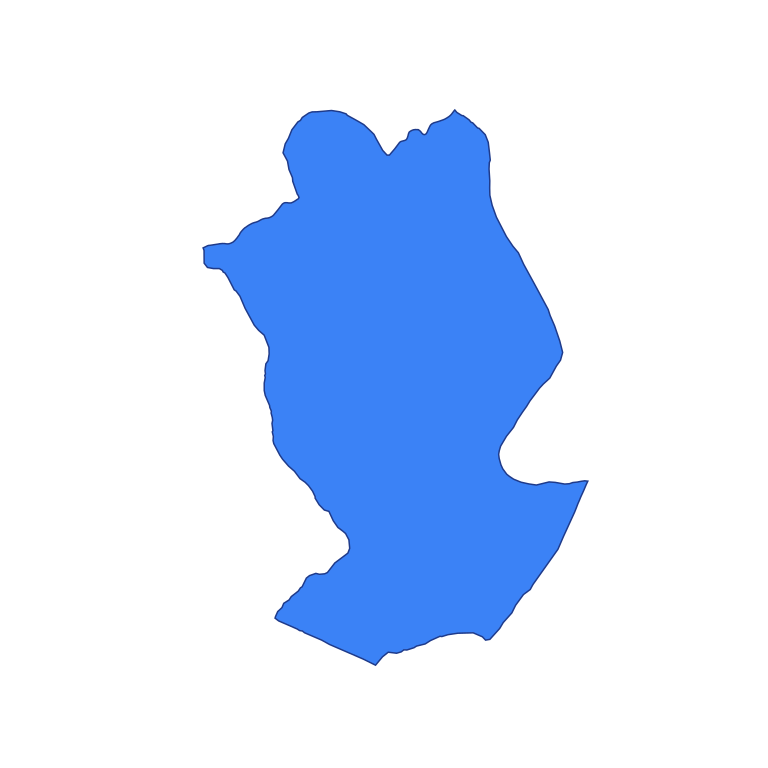 outline of San Agustín Acasaguastlán, El Progreso, Guatemala, rotated 153°
{"feature_id": "79465075B82802507944465", "entity_name": "San Agustín Acasaguastlán", "entity_type": "district", "adm_level": 2, "iso_a3": "GTM", "parent_name": "Guatemala", "parent_adm1": "El Progreso", "projection": "robinson", "projection_center": [-89.983, 15.017], "detail": "fine", "context": "isolated", "style": "filled", "palette": "blue", "viewbox_px": 768, "rotation_deg": 153, "n_neighbors": 0, "source": "geoboundaries", "source_scale": "gbopen_adm2", "svg_char_len": 4035}
<svg xmlns="http://www.w3.org/2000/svg" viewBox="0 0 768 768"><g transform="rotate(153 384 384)"><path d="M483.4,587.4L483.7,584.7L485.6,580.9L489.4,573.3L488.4,568.0L483.6,564.3L478.3,561.6L476.4,558.5L476.5,556.9L475.3,555.1L474.7,549.6L474.7,535.9L473.6,534.0L472.5,527.6L473.4,514.5L472.9,495.3L471.3,488.6L468.6,481.9L469.9,468.9L472.7,462.9L476.7,457.4L480.1,455.6L483.9,450.0L485.1,446.7L486.4,445.8L486.8,443.8L490.3,439.2L493.7,432.5L495.0,427.7L495.7,416.9L496.4,414.9L496.7,411.0L497.8,409.3L498.7,405.0L499.7,402.2L501.7,399.7L504.2,392.8L505.3,392.1L506.4,387.5L508.5,384.0L509.3,380.9L509.1,367.8L508.5,362.9L506.3,354.1L503.4,346.9L501.8,337.8L498.9,332.3L497.4,327.7L496.3,320.9L496.5,314.8L497.2,313.6L496.6,305.9L494.4,298.8L490.9,295.5L491.3,285.2L490.2,277.1L487.5,271.6L486.1,268.2L486.0,261.1L489.2,253.1L493.0,249.7L509.0,246.9L520.0,241.7L523.0,241.8L528.0,243.8L530.7,246.2L537.4,247.1L541.3,246.3L549.0,240.5L551.0,240.3L554.4,238.4L563.1,236.7L566.6,234.7L572.9,234.1L576.4,231.1L582.0,229.5L586.3,226.0L587.4,224.8L585.4,220.7L572.5,205.0L571.2,202.7L568.8,200.9L567.8,198.5L555.8,184.1L550.9,176.8L527.7,148.7L519.2,137.3L509.2,141.6L502.0,143.1L495.0,138.4L490.2,137.5L487.1,138.1L484.3,136.6L477.0,135.4L474.0,135.7L465.3,133.7L459.0,134.3L448.7,133.8L447.1,132.7L440.8,131.6L431.3,128.4L417.5,121.8L411.1,114.1L409.8,109.7L405.6,108.4L397.5,111.5L392.0,113.6L386.1,117.3L374.0,122.0L367.2,127.1L355.3,133.1L347.0,134.5L342.8,137.4L341.6,138.1L304.0,157.8L293.4,166.6L289.1,170.0L272.2,183.4L269.0,186.2L265.6,189.3L263.0,191.4L260.0,194.0L254.7,198.2L249.2,202.8L246.5,204.9L249.1,206.6L252.5,207.8L256.4,208.9L260.5,210.5L264.1,211.0L268.4,212.8L276.1,218.6L281.4,221.8L294.1,224.8L300.3,229.2L306.5,234.3L311.7,240.3L314.1,244.6L315.6,247.8L316.7,254.5L316.5,258.9L315.2,265.3L314.1,268.4L313.7,269.4L311.5,272.3L308.3,275.7L303.4,278.8L298.5,281.9L288.4,286.5L281.5,291.5L273.3,296.1L267.3,299.2L261.6,302.7L254.0,306.4L247.3,309.7L242.2,311.6L233.6,314.0L222.3,321.7L215.9,325.1L210.5,331.0L207.9,342.4L205.6,358.4L204.9,369.6L203.9,375.8L204.5,402.9L205.2,427.3L204.7,439.9L206.6,448.3L208.0,459.7L208.1,481.6L206.5,494.1L204.0,504.1L200.9,510.6L197.5,517.0L192.8,527.9L189.7,533.4L187.7,535.2L184.9,542.5L181.4,552.0L180.6,560.2L183.2,568.6L184.4,569.7L186.4,576.4L187.6,577.7L188.3,580.8L191.6,587.1L192.7,587.8L195.8,592.9L196.5,596.0L197.4,595.7L199.8,594.5L201.7,593.6L203.0,593.2L204.6,592.8L207.5,592.5L209.9,592.4L211.9,592.6L214.1,592.9L215.8,593.1L219.5,593.8L220.8,594.1L221.9,594.1L223.1,594.1L224.7,593.7L225.6,593.2L226.7,592.4L228.8,590.8L231.2,588.8L232.8,587.8L234.3,587.7L235.1,588.0L235.9,589.0L236.4,590.3L236.8,592.6L237.9,595.0L240.6,596.5L242.3,597.1L243.7,597.3L245.6,597.3L247.2,597.0L248.3,596.1L249.0,595.4L249.8,594.4L251.7,592.5L253.0,591.7L254.2,591.5L256.0,591.8L257.8,592.2L259.1,592.4L260.4,592.2L267.8,588.6L275.3,585.5L277.4,586.6L279.1,592.7L279.6,605.6L279.6,611.0L280.7,614.3L284.2,624.2L287.8,629.8L290.2,633.4L294.7,640.0L295.1,641.9L299.8,646.6L306.6,651.5L320.2,657.0L324.6,659.1L328.0,659.6L335.8,658.6L338.8,656.8L341.8,656.6L350.7,652.3L357.6,646.3L363.0,642.8L369.0,635.8L368.8,626.4L371.3,618.2L371.9,609.4L373.3,606.0L375.1,592.5L374.9,591.5L374.9,590.1L375.1,588.7L376.4,587.9L378.0,587.8L379.2,587.6L380.3,587.5L381.4,587.4L382.9,587.4L384.5,587.5L385.8,588.1L386.6,588.5L388.1,589.6L389.9,590.5L391.1,590.7L392.8,590.5L394.3,589.8L398.9,587.6L403.2,585.7L404.2,585.3L405.5,584.7L406.9,584.3L408.0,584.2L409.8,584.2L410.8,584.3L411.8,584.5L413.3,585.0L414.4,585.5L417.1,586.1L419.1,586.2L421.3,586.1L422.7,586.1L424.4,586.3L426.2,586.7L428.3,587.0L430.1,587.0L432.6,586.9L437.2,586.3L439.0,585.8L441.9,584.7L443.6,583.8L445.4,582.5L447.1,581.7L448.8,580.8L452.0,579.5L454.1,579.0L455.2,579.0L456.2,579.0L457.9,579.2L459.3,579.6L460.6,580.3L462.1,581.4L464.1,582.5L465.1,582.9L466.6,583.5L468.3,584.0L472.2,585.3L473.8,585.8L475.9,586.5L477.4,587.1L478.6,587.3L480.2,587.3L483.4,587.4Z" fill="#3b82f6" stroke="#1e3a8a" stroke-width="1.5"/></g></svg>